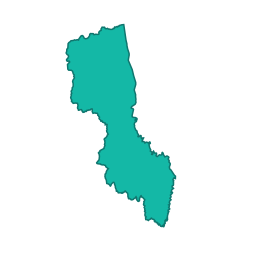 Kra Buri, Ranong, Thailand, rotated 152°
{"feature_id": "78962969B7513532237897", "entity_name": "Kra Buri", "entity_type": "district", "adm_level": 2, "iso_a3": "THA", "parent_name": "Thailand", "parent_adm1": "Ranong", "projection": "orthographic", "projection_center": [98.865, 10.494], "detail": "fine", "context": "isolated", "style": "filled", "palette": "teal", "viewbox_px": 256, "rotation_deg": 152, "n_neighbors": 0, "source": "geoboundaries", "source_scale": "gbopen_adm2", "svg_char_len": 5892}
<svg xmlns="http://www.w3.org/2000/svg" viewBox="0 0 256 256"><g transform="rotate(152 128 128)"><path d="M145.3,26.0L144.6,25.3L143.5,25.5L143.7,25.0L143.2,24.3L142.9,24.2L142.7,24.7L142.1,24.5L141.6,25.1L141.8,25.5L141.7,26.0L141.2,26.2L140.9,26.1L140.5,26.6L140.1,26.3L139.9,26.4L139.6,27.3L139.2,27.7L139.1,28.6L137.9,28.7L137.5,27.8L137.2,27.8L135.9,28.8L135.8,29.1L136.2,29.0L136.8,29.4L136.1,29.5L135.6,30.5L134.9,30.8L134.7,31.6L132.8,33.6L132.9,34.0L131.9,34.4L131.7,34.9L131.2,35.2L131.6,35.7L131.2,36.6L130.1,36.9L129.6,36.6L129.1,37.1L129.3,38.9L128.7,39.0L127.8,40.2L127.7,40.4L128.1,41.0L126.8,41.1L126.4,41.8L126.6,42.7L125.6,43.9L123.7,44.4L124.0,46.3L122.4,46.9L122.1,47.6L122.1,48.8L121.7,49.1L120.6,49.2L119.1,49.9L119.1,50.6L120.1,51.0L118.4,52.9L116.1,53.3L116.1,53.6L116.9,54.3L116.6,55.6L115.9,56.2L115.1,56.0L114.5,56.5L114.0,57.6L113.5,58.1L113.3,59.3L112.4,59.9L112.7,61.2L111.1,62.3L110.5,62.4L110.1,61.9L110.3,61.4L109.9,61.1L108.7,63.2L109.2,64.4L109.8,70.9L110.3,71.9L110.3,72.6L109.8,74.2L108.2,75.6L107.5,76.5L107.5,77.7L107.8,78.7L107.0,79.7L107.1,81.8L105.8,82.7L105.7,83.5L106.7,85.0L109.0,85.2L109.2,87.6L108.8,89.4L109.2,90.3L109.8,90.0L110.4,88.8L110.8,88.6L111.7,88.7L112.7,89.5L114.3,89.4L115.3,89.0L115.8,89.2L116.2,90.0L116.1,90.7L115.1,91.3L114.7,92.3L114.9,92.7L115.7,92.9L116.3,93.4L116.3,95.6L117.1,95.3L117.7,94.1L118.7,93.2L119.1,93.2L119.5,93.6L118.4,94.7L118.4,96.0L119.1,97.2L118.2,98.0L118.1,100.5L117.3,103.4L116.9,103.7L115.5,104.0L115.2,105.1L115.3,105.4L115.7,105.6L116.4,105.1L117.0,105.1L117.7,106.3L118.6,107.0L120.1,106.8L120.1,107.9L120.5,108.7L121.8,109.4L121.4,110.2L118.9,111.9L119.4,112.3L120.8,112.1L121.0,112.3L120.8,113.6L120.1,114.9L120.3,115.4L122.6,115.2L123.2,115.7L123.1,116.1L122.1,116.4L121.9,116.8L122.1,119.1L121.5,121.2L122.1,122.6L121.8,125.9L121.0,127.0L120.9,128.1L120.0,129.2L119.1,129.8L117.7,129.8L117.1,130.3L117.0,130.8L118.0,131.6L117.7,132.0L117.2,132.1L116.1,131.3L115.7,131.8L115.7,132.4L116.4,133.6L118.3,134.9L119.0,135.9L118.5,137.1L114.5,141.7L114.5,142.7L115.8,144.0L115.7,144.4L114.6,145.2L110.6,145.6L109.0,146.8L108.3,148.6L107.5,149.7L106.7,151.9L105.6,153.9L104.8,158.1L104.4,159.0L100.8,162.7L99.8,164.6L98.5,171.4L96.9,177.5L96.0,187.5L95.4,188.5L92.7,191.9L92.0,193.4L91.2,198.0L90.2,201.4L89.5,202.8L88.5,206.6L83.2,221.3L84.9,222.0L87.7,222.6L88.5,222.1L89.2,222.5L89.8,222.2L90.3,222.8L91.7,222.9L92.4,223.4L92.9,222.7L93.4,222.4L93.8,222.4L94.2,222.9L95.1,222.5L95.7,222.5L97.7,223.6L98.1,224.2L98.8,224.4L99.3,225.6L100.5,225.8L101.0,226.1L101.5,226.7L101.3,227.7L101.5,228.1L102.3,228.4L103.5,229.2L105.4,228.0L105.9,226.8L107.2,226.9L108.8,226.3L109.3,225.0L109.9,224.5L110.8,224.8L112.4,225.9L114.3,226.4L114.4,227.6L116.8,229.0L117.8,228.7L118.6,227.5L120.5,226.5L121.9,226.2L123.7,226.8L124.5,227.8L124.4,230.1L125.1,231.2L126.4,231.3L129.4,229.8L130.4,228.9L131.3,229.8L133.0,230.1L133.8,230.9L135.1,230.9L137.4,231.8L138.9,231.3L140.1,231.2L141.3,230.6L143.2,227.4L143.9,226.6L145.0,226.3L146.1,224.5L147.4,223.3L147.3,221.5L146.6,220.2L147.0,218.9L148.5,217.8L150.0,217.4L150.5,216.4L150.3,215.5L148.6,214.7L148.5,213.7L151.6,212.5L153.5,208.2L153.3,207.0L151.0,205.6L150.3,204.2L150.9,201.4L150.6,200.1L151.8,198.8L151.5,198.0L152.0,197.2L154.1,196.1L155.1,195.0L155.5,193.1L156.9,190.4L158.4,189.7L159.3,188.0L160.3,187.6L161.0,187.0L161.4,185.0L162.4,184.6L162.5,183.7L164.3,181.8L164.6,180.5L164.5,179.2L165.4,178.2L164.8,175.5L162.6,174.7L161.0,173.5L161.6,171.3L163.0,169.7L163.3,168.8L163.1,167.7L163.4,167.0L163.2,166.8L161.1,166.4L160.5,166.1L160.4,164.8L160.6,164.3L160.3,163.8L160.5,163.4L160.3,162.9L158.9,162.5L157.9,162.9L157.0,162.2L155.8,162.9L155.0,162.3L154.2,162.4L153.2,161.7L151.6,162.1L150.8,161.8L150.9,161.0L151.9,159.3L152.0,157.4L150.0,156.8L149.4,156.0L148.2,155.4L148.2,154.3L148.7,153.3L148.3,152.7L148.4,151.8L148.1,150.9L149.0,150.2L149.1,149.9L149.0,148.9L148.5,148.1L148.8,146.8L148.6,146.6L147.7,146.6L147.7,145.1L146.7,144.1L146.5,143.5L145.8,143.0L146.6,141.5L145.0,141.2L144.8,141.0L146.1,139.1L146.3,138.2L147.0,137.6L147.0,136.6L148.0,135.9L148.5,134.7L148.4,133.8L148.5,131.8L149.6,131.5L150.4,130.6L152.6,129.7L153.5,129.8L154.2,129.4L154.5,128.8L154.4,127.5L154.9,126.9L155.2,125.8L156.5,124.5L156.5,123.4L158.2,122.1L158.8,121.2L163.0,121.2L163.6,121.0L164.0,120.2L164.8,120.3L165.8,119.9L165.8,118.3L166.5,116.4L168.4,113.6L172.0,112.0L172.1,111.4L171.9,111.0L170.1,109.6L169.1,109.1L169.1,108.5L168.5,107.9L167.9,107.4L166.9,107.1L166.5,106.4L165.5,105.5L165.8,104.2L164.5,101.3L165.4,101.1L167.4,99.9L168.9,98.2L169.9,98.0L170.4,97.0L171.1,96.1L171.1,95.2L171.5,94.8L171.6,94.0L171.5,93.4L171.7,91.9L172.8,89.0L171.5,87.7L170.8,85.9L171.0,85.4L170.8,85.0L170.2,85.2L168.9,86.3L167.4,86.8L166.6,87.0L166.0,86.6L165.9,85.7L166.4,84.3L166.4,83.0L167.2,81.1L167.2,79.8L167.9,77.6L167.1,77.4L167.0,77.0L167.0,75.3L165.0,74.3L164.2,73.4L163.5,73.1L163.4,73.7L162.1,73.2L160.8,73.3L160.2,73.7L159.9,73.5L159.6,71.8L159.1,71.1L159.0,70.7L159.4,69.2L160.4,67.2L160.1,66.5L160.6,66.0L160.6,65.2L159.2,64.3L159.0,63.3L158.7,63.3L158.6,62.9L157.9,62.6L156.6,62.5L155.9,62.9L154.6,62.8L153.2,63.5L153.2,62.1L153.9,61.3L154.0,60.7L153.6,58.6L153.0,58.2L152.0,58.4L150.8,60.7L150.1,60.8L149.5,61.5L148.7,62.0L148.2,62.0L148.3,60.5L147.5,59.6L147.3,58.1L146.8,57.0L147.6,56.0L148.7,55.5L149.0,54.4L150.1,53.4L150.3,52.5L149.7,51.7L149.7,51.3L151.1,50.2L151.0,48.7L151.8,47.8L151.6,47.0L152.6,46.4L152.2,45.2L153.3,44.2L153.8,43.4L154.2,42.4L153.7,41.3L153.9,40.9L154.7,40.5L155.3,38.8L154.0,37.9L153.5,36.8L152.3,37.1L151.1,37.0L150.2,37.4L149.5,37.3L149.5,36.3L148.1,35.2L148.0,34.9L147.9,34.3L148.4,33.7L148.0,33.3L148.2,32.9L147.6,32.9L147.5,31.3L146.7,31.0L146.8,30.3L146.4,30.1L146.7,29.6L146.4,29.5L146.5,28.0L146.2,27.9L145.5,28.1L145.6,27.8L145.2,27.4L145.4,26.8L145.3,26.0Z" fill="#14b8a6" stroke="#0f766e" stroke-width="1.5"/></g></svg>